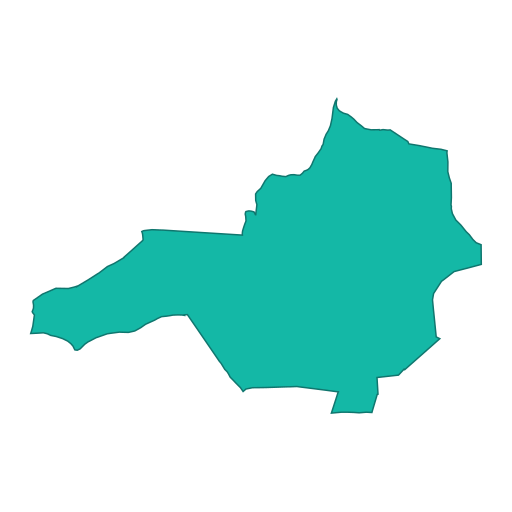 the district of Songea Urban, Ruvuma, United Republic of Tanzania
{"feature_id": "72390352B83796809810419", "entity_name": "Songea Urban", "entity_type": "district", "adm_level": 2, "iso_a3": "TZA", "parent_name": "United Republic of Tanzania", "parent_adm1": "Ruvuma", "projection": "albers", "projection_center": [35.59, -10.637], "detail": "fine", "context": "isolated", "style": "filled", "palette": "teal", "viewbox_px": 512, "rotation_deg": 0, "n_neighbors": 0, "source": "geoboundaries", "source_scale": "gbopen_adm2", "svg_char_len": 3517}
<svg xmlns="http://www.w3.org/2000/svg" viewBox="0 0 512 512"><path d="M336.8,98.9L335.4,101.2L333.4,107.5L332.0,118.6L330.4,125.8L328.3,130.8L326.1,134.3L325.2,136.5L324.1,139.1L323.1,144.5L322.1,145.8L321.7,146.8L321.1,148.7L318.1,153.0L315.2,156.7L315.0,157.3L312.8,162.1L312.2,163.6L311.7,164.8L311.3,165.4L310.2,167.3L310.1,167.6L308.2,169.4L306.5,170.3L304.2,171.1L302.5,173.2L300.1,175.2L297.3,175.2L294.2,174.7L292.8,174.7L290.7,174.8L288.5,175.4L286.1,176.5L285.4,176.6L283.9,176.4L282.4,176.3L279.4,175.7L276.6,175.4L272.4,174.2L268.7,176.5L265.2,180.6L260.8,188.3L257.2,191.6L255.6,194.0L255.7,199.2L255.7,200.4L256.1,201.9L256.9,204.6L256.8,205.2L256.8,205.3L256.8,205.6L255.9,213.1L255.7,215.3L255.6,215.0L255.3,214.5L254.9,213.6L254.3,212.5L254.0,211.9L253.6,211.8L252.6,211.5L251.0,211.1L248.9,210.9L247.3,211.2L245.9,211.6L245.8,211.8L245.6,212.1L245.4,213.1L245.2,214.0L245.7,216.4L245.9,219.1L246.0,221.0L244.7,224.3L243.6,227.6L242.6,230.9L242.4,232.3L242.3,233.8L242.4,235.1L194.5,232.1L163.1,230.1L159.3,230.0L154.8,229.8L152.0,229.7L146.6,230.3L144.2,230.6L143.3,230.8L141.8,231.5L142.5,233.7L142.8,236.1L143.1,239.6L142.7,240.5L130.1,251.8L123.9,257.3L124.0,257.6L114.1,263.5L107.3,266.6L106.7,267.1L99.0,273.0L97.6,273.8L89.5,279.0L88.6,279.6L77.7,286.1L77.8,285.9L74.5,287.0L68.4,288.5L55.9,288.3L42.5,294.1L33.3,300.5L33.0,301.9L33.4,304.1L33.6,305.8L33.5,306.9L33.5,308.0L33.0,309.7L32.6,310.6L32.2,311.7L32.8,312.9L34.4,314.9L34.4,315.0L32.8,326.3L31.4,331.3L30.7,333.5L36.8,333.2L43.4,332.8L47.4,333.8L50.7,335.4L56.2,336.5L62.6,338.6L67.7,341.1L70.8,343.6L73.0,346.1L74.3,348.8L74.9,349.9L77.3,350.2L80.1,348.9L83.2,345.8L84.8,344.2L88.0,341.9L90.2,340.8L96.1,337.7L97.9,337.1L107.2,333.8L111.9,333.1L112.8,333.0L118.9,332.2L119.4,332.1L121.1,332.2L128.4,332.4L133.8,331.2L134.9,330.9L140.7,327.7L145.5,324.3L148.1,323.1L154.3,320.3L155.1,319.9L157.5,318.5L161.7,316.6L162.1,316.6L166.9,316.1L170.2,315.6L172.8,315.1L177.7,314.9L182.0,315.0L184.5,315.4L184.3,314.8L187.4,314.6L206.8,342.9L217.8,359.0L219.2,361.1L221.2,363.5L221.5,364.0L222.9,366.3L224.8,369.4L227.1,371.7L227.3,372.0L228.5,373.9L230.1,377.0L230.3,377.3L232.7,379.7L236.2,383.4L240.4,387.6L243.1,391.5L246.0,389.0L252.5,387.7L261.3,387.6L266.5,387.5L284.5,386.9L287.7,386.8L289.5,386.8L296.9,386.5L299.6,386.9L306.9,387.8L325.8,390.2L331.0,390.9L337.7,391.8L337.9,391.8L338.3,391.8L337.8,393.2L335.7,399.8L331.4,413.1L341.4,412.2L347.8,412.2L353.5,412.4L359.2,412.8L366.3,412.2L371.9,412.5L372.1,411.7L375.9,398.9L377.2,394.4L378.0,394.2L377.0,377.5L395.9,375.4L398.5,375.1L404.1,369.1L404.7,369.7L439.8,338.7L436.2,336.9L434.9,324.0L434.7,321.9L433.6,311.2L433.5,310.5L433.5,310.3L432.5,299.8L433.6,293.5L441.5,281.3L443.8,279.6L453.3,272.2L454.0,271.6L464.3,268.9L466.7,268.3L481.3,264.4L481.1,244.7L476.1,242.7L472.8,239.4L469.3,234.7L466.2,231.7L460.9,225.1L455.8,220.0L452.4,213.6L451.3,208.8L451.4,206.1L451.0,205.1L451.4,197.6L451.3,190.7L451.2,183.3L449.4,178.1L447.8,171.7L447.8,171.2L447.9,161.9L446.9,152.9L447.1,150.8L441.4,149.4L441.1,149.3L433.5,148.4L432.5,148.3L426.3,147.0L422.2,146.2L419.8,145.7L416.8,145.2L408.9,143.9L408.7,143.6L408.6,143.3L408.0,141.9L407.8,141.5L404.1,139.1L390.2,129.9L387.8,130.1L383.0,129.6L379.7,130.2L379.2,129.6L378.8,129.7L371.1,129.8L367.3,129.1L364.5,128.5L361.3,125.8L357.0,122.5L353.9,119.2L351.3,117.0L347.7,114.4L343.5,113.2L341.3,112.0L339.2,110.7L337.2,108.2L336.3,105.1L336.3,101.9L337.0,99.5L336.8,98.9Z" fill="#14b8a6" stroke="#0f766e" stroke-width="1.5"/></svg>